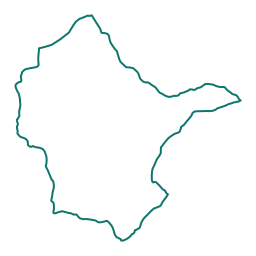 Silambi, Mongar, Bhutan
{"feature_id": "84629894B22017892255208", "entity_name": "Silambi", "entity_type": "district", "adm_level": 2, "iso_a3": "BTN", "parent_name": "Bhutan", "parent_adm1": "Mongar", "projection": "orthographic", "projection_center": [91.084, 27.121], "detail": "fine", "context": "isolated", "style": "outline", "palette": "teal", "viewbox_px": 256, "rotation_deg": 0, "n_neighbors": 0, "source": "geoboundaries", "source_scale": "gbopen_adm2", "svg_char_len": 3718}
<svg xmlns="http://www.w3.org/2000/svg" viewBox="0 0 256 256"><path d="M53.7,213.1L55.4,213.3L58.0,212.3L60.9,211.6L62.1,211.2L64.1,211.7L66.8,212.5L71.3,213.4L73.3,214.5L76.5,214.5L77.0,215.1L77.7,216.1L79.7,218.2L83.1,219.2L86.0,219.0L89.3,219.4L92.7,219.9L95.4,220.5L96.4,221.0L98.0,222.1L99.7,222.4L102.7,221.9L105.2,221.3L106.4,220.9L107.3,221.1L108.8,222.3L111.5,225.5L112.6,227.6L113.7,230.6L114.7,234.4L116.5,237.1L120.8,239.2L121.3,240.6L123.0,240.6L124.7,239.9L126.8,238.9L128.3,237.9L129.7,236.9L131.0,235.4L131.8,234.3L133.2,233.6L134.1,232.8L134.4,232.3L134.6,231.7L134.8,230.4L137.0,229.4L139.5,228.0L140.4,225.9L140.8,224.2L141.5,222.2L143.4,219.0L144.7,217.5L145.7,216.5L151.3,210.8L153.6,208.7L157.7,207.1L159.8,206.2L161.0,205.2L161.4,204.3L161.7,203.5L162.7,201.9L164.2,199.8L166.2,197.1L167.9,194.5L167.3,194.0L166.5,193.2L165.6,191.8L164.6,190.2L164.2,190.0L162.8,189.4L159.2,185.3L156.3,182.4L155.0,181.9L153.2,182.4L152.2,181.4L151.8,179.4L151.8,176.8L151.8,174.8L152.0,171.9L152.5,169.0L154.7,164.3L156.8,159.4L159.3,155.9L160.8,153.1L160.8,150.3L161.0,147.3L162.8,145.1L163.8,143.7L164.2,143.1L167.6,139.0L169.1,137.6L172.2,135.3L175.3,133.5L177.7,132.9L179.6,131.7L180.6,129.3L181.1,127.0L184.0,124.8L186.6,121.5L189.9,117.6L191.5,115.6L192.3,113.5L192.4,113.2L193.9,111.9L195.8,111.3L199.7,111.2L207.4,111.0L208.1,111.1L209.6,111.1L211.2,111.0L212.4,110.8L214.2,110.3L215.7,109.6L217.7,108.2L218.7,107.9L223.0,106.5L224.8,105.9L229.1,103.9L231.4,103.4L233.3,102.6L236.3,101.9L237.5,101.8L238.9,101.4L240.1,100.8L240.5,100.4L239.1,99.3L237.8,97.0L236.3,95.2L232.2,94.0L231.3,93.0L229.3,91.7L226.8,89.7L226.0,88.7L224.7,87.2L223.6,87.0L221.1,87.1L218.0,86.6L216.3,86.1L213.5,84.8L212.1,84.5L207.9,83.9L205.8,84.0L204.8,84.3L204.4,84.8L203.1,85.5L201.0,87.1L200.1,87.5L197.4,88.1L195.0,89.8L193.8,89.9L192.5,89.6L190.4,89.3L189.6,89.6L187.6,91.0L185.3,91.7L184.3,92.4L181.3,93.0L180.1,93.4L179.4,94.4L177.9,95.6L176.8,95.8L174.0,95.9L173.0,96.1L170.3,96.9L167.9,96.7L167.1,96.4L165.2,95.7L161.6,93.5L160.4,93.1L159.2,92.2L157.5,90.1L156.2,88.3L155.3,87.2L154.1,86.5L152.0,85.2L149.6,83.4L148.4,82.7L148.1,82.4L145.3,82.4L143.1,81.6L140.1,78.6L138.6,74.2L137.5,72.1L136.0,70.7L133.2,68.2L130.0,67.5L126.1,67.2L120.5,61.9L119.1,58.7L117.9,54.6L116.9,51.2L114.5,48.5L111.1,43.5L110.3,41.8L109.6,39.5L108.9,35.6L108.5,35.1L107.7,34.1L105.9,33.3L103.3,33.0L101.6,32.8L101.1,31.7L100.2,28.7L95.3,21.1L93.3,17.9L92.3,16.2L91.7,15.4L91.1,15.4L90.0,15.9L87.3,15.7L84.8,16.9L79.4,18.9L75.9,21.7L73.5,25.0L68.9,32.6L60.0,39.5L51.7,44.8L44.6,47.0L39.1,48.3L38.3,57.0L38.3,60.0L38.3,61.3L38.6,64.1L38.6,65.1L37.5,66.5L35.4,67.3L32.4,67.8L29.1,68.4L25.4,69.3L23.5,70.7L22.3,72.0L20.9,76.0L20.9,77.5L21.1,78.4L21.2,79.0L21.4,79.9L21.3,81.0L20.6,81.8L18.7,82.3L16.6,83.6L15.6,85.1L15.5,85.9L15.8,87.7L17.0,90.5L18.9,93.9L19.8,98.3L20.0,99.7L20.0,101.2L20.3,103.3L20.3,106.2L19.7,108.8L19.1,111.7L19.3,114.2L19.4,115.5L19.1,116.3L18.1,118.4L16.9,119.6L16.9,120.8L17.6,122.8L17.9,124.1L17.5,125.3L17.0,126.6L17.0,127.8L17.3,129.8L17.7,130.6L17.5,132.3L17.6,133.8L19.0,135.4L20.3,136.8L23.0,137.7L24.5,138.3L26.1,139.2L27.6,141.0L27.9,143.3L27.9,144.5L28.3,145.4L30.1,146.7L31.5,146.8L32.6,146.1L34.0,146.5L35.1,147.1L36.6,147.4L38.3,147.5L40.2,148.0L42.5,148.9L44.1,150.6L44.6,151.4L45.5,153.9L46.2,155.9L46.5,157.1L46.5,157.9L46.7,160.0L46.4,163.4L46.1,164.7L45.8,166.0L46.5,167.8L47.9,170.5L48.6,172.3L50.8,177.7L51.3,178.7L51.5,179.4L52.0,180.0L53.1,181.1L53.5,182.5L53.8,185.0L53.9,186.5L53.6,188.5L52.5,193.0L52.5,194.2L51.6,198.8L51.4,199.7L51.2,200.2L51.6,201.1L53.3,202.5L53.8,204.1L53.9,206.6L54.0,207.7L53.9,209.4L53.4,211.4L53.4,212.6L53.7,213.1Z" fill="none" stroke="#0f766e" stroke-width="2"/></svg>